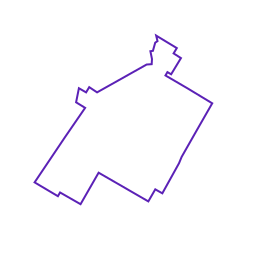 Elk, Pennsylvania, United States of America (orthographic projection), rotated 120°
{"feature_id": "52423323B9746722230596", "entity_name": "Elk", "entity_type": "district", "adm_level": 2, "iso_a3": "USA", "parent_name": "United States of America", "parent_adm1": "Pennsylvania", "projection": "orthographic", "projection_center": [-78.756, 41.416], "detail": "fine", "context": "isolated", "style": "outline", "palette": "violet", "viewbox_px": 256, "rotation_deg": 120, "n_neighbors": 0, "source": "geoboundaries", "source_scale": "gbopen_adm2", "svg_char_len": 570}
<svg xmlns="http://www.w3.org/2000/svg" viewBox="0 0 256 256"><g transform="rotate(120 128 128)"><path d="M181.4,73.7L167.5,73.7L167.4,65.6L133.0,66.2L126.2,67.1L95.0,67.3L64.5,67.4L64.5,67.6L63.9,96.1L63.8,121.8L59.9,121.8L59.9,117.5L41.0,117.1L40.6,125.8L34.4,125.7L33.9,149.8L38.0,145.9L40.5,147.1L48.7,145.0L50.3,147.0L56.3,141.7L60.9,139.4L63.7,143.6L112.6,172.6L112.0,182.0L118.1,182.1L118.1,190.4L131.7,185.8L132.0,175.2L167.5,178.0L221.8,181.7L222.1,154.6L217.8,154.6L217.7,131.0L181.4,131.1L181.4,73.7Z" fill="none" stroke="#5b21b6" stroke-width="2"/></g></svg>